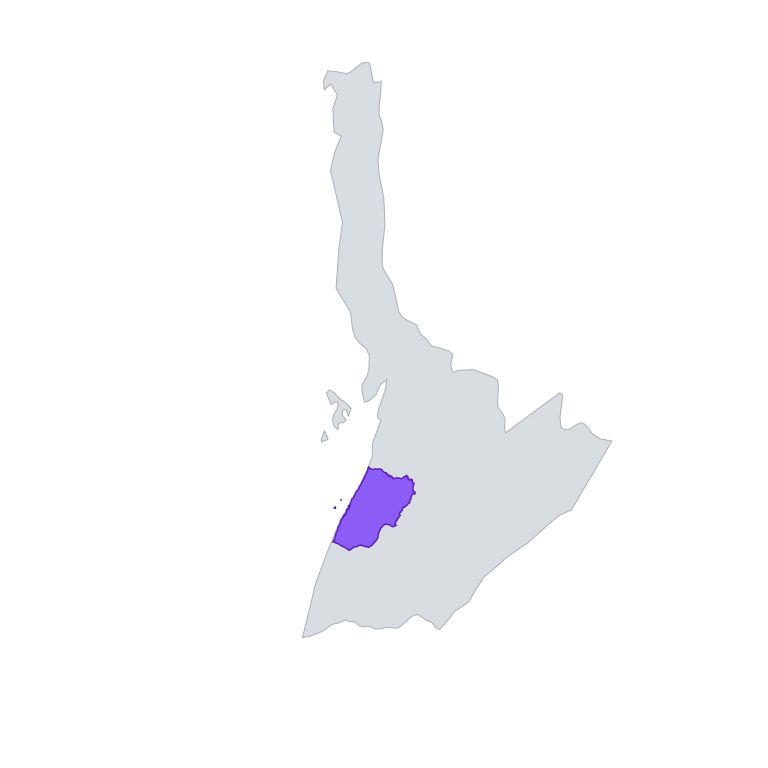 Afabet, Semenawi Keyih Bahri, Eritrea shown in context, rotated 215°
{"feature_id": "51966322B88342452003506", "entity_name": "Afabet", "entity_type": "district", "adm_level": 2, "iso_a3": "ERI", "parent_name": "Eritrea", "parent_adm1": "Semenawi Keyih Bahri", "projection": "equal_earth", "projection_center": [38.928, 16.403], "detail": "fine", "context": "in_parent", "style": "filled", "palette": "violet", "viewbox_px": 768, "rotation_deg": 215, "n_neighbors": 0, "source": "geoboundaries", "source_scale": "gbopen_adm2", "svg_char_len": 8219}
<svg xmlns="http://www.w3.org/2000/svg" viewBox="0 0 768 768"><g transform="rotate(215 384 384)"><path d="M164.6,467.7L162.5,441.6L161.1,424.2L159.7,405.8L158.3,388.4L164.7,377.7L167.7,367.6L175.5,334.7L178.5,328.1L184.6,310.5L185.4,305.5L191.4,283.3L190.9,268.5L189.8,253.7L193.0,244.9L195.9,237.8L195.8,231.9L197.1,218.0L198.0,214.6L201.6,214.3L208.8,216.1L214.1,214.7L220.2,214.7L225.0,214.3L227.8,210.1L231.7,193.9L234.2,190.7L236.1,189.7L241.5,186.7L246.1,182.0L249.9,178.7L251.3,178.0L255.3,177.6L259.3,175.6L261.1,173.3L266.2,171.5L271.1,172.5L274.4,170.5L276.6,169.2L279.1,169.1L281.4,167.3L282.4,164.4L283.9,162.6L287.7,158.4L289.5,155.4L290.3,152.3L291.1,149.9L292.8,145.8L299.5,135.5L305.3,129.5L325.5,181.4L333.7,212.2L340.9,244.2L346.3,292.5L351.5,317.1L359.7,329.3L365.4,352.2L370.3,353.1L373.8,359.4L379.9,381.0L384.2,389.1L386.5,382.2L386.2,378.2L384.5,371.5L386.1,363.0L389.4,357.8L397.2,364.8L401.4,370.1L402.5,380.7L404.3,386.6L412.4,399.1L419.2,402.7L428.1,403.6L435.5,406.4L441.4,411.0L452.5,423.6L478.0,434.7L498.5,468.8L510.6,492.5L550.4,528.4L557.3,545.6L561.0,562.5L569.3,561.6L583.7,580.1L588.0,594.1L599.7,599.2L601.7,590.9L607.4,597.7L609.7,608.3L602.2,612.5L594.0,616.2L592.8,616.1L590.1,620.9L586.2,634.3L581.9,638.1L579.7,638.5L566.7,626.0L564.7,625.3L561.9,627.8L559.9,630.3L553.9,620.9L549.4,612.5L543.3,602.6L537.3,598.1L530.9,592.5L524.6,579.4L518.2,565.1L508.7,553.3L490.9,536.4L474.6,514.9L462.1,492.5L454.1,480.8L450.7,477.9L434.1,470.5L422.6,460.3L413.7,451.9L408.2,449.6L402.9,449.3L391.7,451.0L382.3,445.7L378.4,445.7L372.1,444.2L367.2,442.3L361.4,444.6L349.6,448.3L344.7,447.5L342.1,442.2L340.5,438.2L336.4,434.0L333.0,434.0L331.1,437.8L318.7,447.2L298.0,452.5L293.1,452.1L289.4,448.3L279.0,432.1L276.0,429.4L273.6,429.2L268.8,427.3L264.2,424.2L260.3,417.5L256.3,413.7L252.0,426.8L244.4,449.5L240.3,461.7L235.1,477.4L233.4,477.9L230.8,476.8L220.5,457.2L214.0,449.8L209.1,450.5L205.6,454.2L203.3,460.7L200.9,464.7L198.3,466.3L192.6,465.5L184.0,462.4L175.0,463.1L165.8,467.6L164.6,467.7ZM408.1,337.4L410.8,342.2L412.8,341.8L414.3,340.2L415.4,336.8L426.0,343.5L425.4,347.9L419.1,348.2L411.7,346.3L405.0,346.9L396.9,345.0L395.0,337.4L400.2,341.1L402.8,340.2L403.3,339.2L399.7,334.1L394.5,333.1L394.9,329.0L397.2,327.5L398.6,325.5L395.6,320.0L401.4,321.2L405.0,324.6L407.4,328.5L408.1,337.4ZM403.6,302.6L405.9,311.3L399.3,307.9L398.2,306.1L401.1,302.7L401.7,300.6L403.6,302.6Z" fill="#d9dde1" stroke="#a8b0b8" stroke-width="1"/><path d="M343.1,263.5L342.8,263.4L342.9,263.7L342.8,263.4L342.7,263.3L342.6,263.7L342.5,264.3L342.3,264.6L342.1,264.7L341.8,264.1L341.8,263.8L341.6,263.6L341.6,263.3L341.6,263.1L341.8,263.1L342.0,263.4L341.9,263.0L342.0,262.7L341.7,262.4L341.4,261.9L341.2,261.8L341.1,261.0L341.2,260.3L341.6,259.9L341.5,260.2L341.4,260.3L341.3,260.6L341.6,261.6L341.9,260.9L342.3,260.8L342.5,259.8L342.3,258.7L341.5,258.0L341.4,257.4L341.5,257.1L341.5,256.9L341.2,256.9L340.8,256.4L340.6,256.0L340.7,255.8L340.8,255.4L340.8,254.9L340.7,254.6L340.5,254.3L340.8,254.1L340.8,254.3L341.0,254.4L341.1,254.1L340.9,253.3L341.0,253.2L341.0,253.6L341.0,253.1L341.2,252.8L341.1,252.6L341.1,251.8L341.3,252.0L341.3,252.4L341.5,252.7L341.4,253.0L341.6,253.3L341.6,253.0L341.6,252.8L341.4,252.4L341.4,252.0L341.2,251.3L341.3,250.9L341.0,249.6L341.1,249.2L341.3,248.8L341.4,248.6L341.1,247.9L341.1,246.9L340.1,245.0L339.7,243.8L339.6,243.3L339.7,241.6L339.3,240.5L339.4,240.3L339.3,239.8L339.3,239.7L338.6,238.5L338.1,237.5L338.1,237.1L338.0,236.8L337.9,236.1L337.9,235.3L337.8,235.0L337.7,234.8L337.5,234.4L337.4,233.6L337.2,232.7L336.8,232.1L335.8,229.5L335.6,228.8L335.5,227.1L335.4,226.2L335.1,225.4L334.6,226.2L334.3,226.4L333.5,226.3L332.8,226.1L331.9,226.1L331.2,226.5L330.4,226.8L329.7,226.8L328.9,227.1L328.1,226.9L326.8,226.8L326.3,227.1L325.7,227.1L325.2,227.5L324.5,227.3L324.2,227.4L323.6,227.3L322.6,227.6L321.2,227.7L320.8,227.8L320.5,227.7L319.6,228.0L318.9,227.8L318.3,227.8L317.9,228.0L317.6,228.0L317.4,227.7L317.1,228.0L316.9,228.1L316.7,229.0L315.9,230.5L315.6,231.7L315.1,233.0L314.2,234.2L312.9,235.2L312.5,236.0L312.1,237.3L311.2,237.9L310.4,238.9L310.2,239.1L309.9,238.9L309.3,239.4L308.7,239.3L308.4,239.4L308.0,239.3L307.5,239.8L306.7,239.9L306.2,240.1L305.8,240.2L305.2,240.8L304.9,241.0L304.2,241.1L303.6,240.9L303.1,241.1L302.1,243.2L301.7,244.1L301.4,244.9L301.3,246.6L301.1,247.6L301.2,248.2L300.9,249.3L300.7,250.5L300.7,251.3L300.7,252.0L300.7,253.7L300.7,254.2L300.9,255.0L301.0,255.1L301.5,255.4L301.7,255.8L302.4,257.7L302.7,257.9L302.8,258.2L302.9,259.4L303.1,259.9L303.3,261.0L303.5,262.3L303.7,262.8L303.9,263.7L303.8,265.0L303.6,265.7L303.7,266.4L303.5,267.7L303.0,269.0L302.2,270.5L301.7,270.5L300.9,270.7L300.4,271.1L299.3,271.6L298.8,271.9L297.8,272.0L297.2,271.7L295.1,272.0L294.2,273.0L293.9,273.5L293.9,273.9L293.3,274.5L293.0,275.2L293.8,275.3L294.4,275.1L294.4,275.6L294.6,276.2L295.0,276.4L295.1,276.9L295.3,277.1L295.2,277.7L295.7,278.7L295.6,279.1L295.2,279.5L295.2,280.1L295.2,280.4L295.6,281.5L295.6,281.8L295.4,282.0L295.3,282.3L295.3,282.5L295.5,282.8L295.4,284.3L295.5,285.4L295.5,285.8L296.6,286.1L296.9,286.2L297.0,286.5L297.1,287.0L297.2,287.5L297.2,288.2L297.1,288.5L296.8,288.7L296.6,289.1L296.6,289.5L297.0,290.4L296.9,290.7L296.6,291.1L296.6,291.4L296.7,291.8L297.5,292.5L297.7,293.1L297.6,293.5L297.4,294.0L296.6,294.7L296.4,296.1L296.0,297.1L296.1,297.6L295.7,298.1L295.5,298.4L295.6,299.1L295.6,299.8L295.3,300.6L294.8,301.5L295.2,301.7L295.5,302.1L296.0,302.4L295.9,302.8L296.0,304.5L296.0,305.3L296.4,305.9L297.1,306.4L297.0,307.4L297.1,307.8L297.2,308.0L297.5,308.4L297.6,308.8L297.2,310.5L296.5,311.3L296.1,311.5L295.6,312.0L296.1,312.4L296.9,313.3L297.0,313.4L297.4,313.4L297.9,313.1L298.2,313.2L298.7,313.0L299.0,313.4L300.2,314.6L300.5,315.1L300.7,315.3L301.1,316.1L301.6,317.8L302.0,318.4L302.1,319.5L302.4,319.7L302.7,319.8L303.1,319.5L303.3,319.5L303.6,319.3L303.8,319.6L304.0,319.7L304.3,320.2L304.8,320.2L305.1,320.3L305.3,320.6L305.5,321.5L305.8,321.4L306.1,321.6L306.6,321.6L306.8,321.5L307.2,321.0L307.4,321.3L307.5,321.2L307.6,320.4L307.8,320.1L308.2,320.2L308.9,319.9L309.9,319.8L310.0,319.9L309.8,320.4L310.1,320.4L310.3,320.6L310.8,321.4L311.1,321.5L311.3,321.3L311.4,321.7L311.6,321.7L311.9,321.4L312.2,321.6L312.4,321.5L312.8,321.9L313.0,321.3L313.3,321.5L313.5,320.6L313.6,320.3L313.7,320.0L314.6,319.2L314.4,318.8L314.4,318.0L314.6,317.5L315.2,316.8L315.9,316.3L316.8,315.8L318.7,315.2L320.3,313.9L321.3,312.6L322.1,312.2L322.2,311.9L322.7,312.1L323.2,312.1L323.6,312.4L324.0,312.4L324.1,312.6L324.3,312.7L324.8,312.4L324.9,312.5L325.2,312.1L325.3,312.2L325.3,312.4L325.7,312.5L325.9,312.3L326.1,312.4L326.2,312.2L326.5,312.3L326.5,312.0L326.7,311.8L326.7,311.5L327.4,311.4L327.5,311.4L327.5,311.6L327.8,311.7L328.0,311.8L328.4,311.6L328.6,311.9L328.8,311.6L329.1,311.7L329.4,311.6L329.7,311.8L329.8,311.6L330.2,311.9L330.6,311.9L330.9,312.5L331.3,312.6L331.6,312.4L332.4,312.0L333.0,311.8L333.6,311.9L334.4,311.8L335.1,311.9L335.9,312.4L337.3,312.5L338.4,312.2L338.9,311.9L339.9,311.0L340.9,310.3L341.1,310.1L342.4,309.6L342.6,309.4L343.4,308.3L344.5,307.3L345.3,307.0L346.1,307.0L346.8,306.9L347.6,306.9L348.5,307.1L349.0,307.1L348.8,306.2L348.5,305.6L348.1,304.3L347.6,303.4L347.5,302.3L346.9,299.3L346.8,298.3L346.8,297.3L346.4,295.6L346.0,292.8L345.9,291.2L345.1,287.6L345.1,287.0L345.4,286.4L345.4,285.5L345.3,285.4L345.2,285.0L344.8,284.3L344.6,283.6L344.6,282.3L345.0,281.1L344.9,279.9L345.1,279.1L345.0,278.8L344.4,277.5L344.3,277.2L344.5,276.5L344.4,276.1L344.4,275.6L344.1,274.7L344.1,274.4L344.2,274.2L343.9,273.1L344.0,272.4L344.4,271.8L344.3,270.5L343.9,270.0L343.8,269.7L343.5,268.7L343.4,267.9L343.3,267.6L343.3,267.1L342.9,266.1L342.7,265.3L342.8,264.8L343.1,264.4L343.0,264.2L343.1,263.6L343.1,263.5ZM353.1,254.5L352.8,254.2L352.7,254.2L352.8,254.5L352.7,254.7L352.7,254.8L353.0,255.2L353.3,255.3L353.6,255.0L353.6,254.8L353.5,254.7L353.3,254.7L353.1,254.5ZM353.1,254.3L353.2,254.2L353.2,254.4L353.4,254.4L353.6,254.3L353.5,254.2L353.3,254.1L353.3,253.9L353.1,254.0L353.1,254.3ZM342.5,262.9L342.6,262.7L342.5,262.4L342.5,262.2L342.3,262.6L342.5,262.9ZM352.7,264.7L352.8,264.4L352.7,264.3L352.6,264.6L352.7,264.7Z" fill="#8b5cf6" stroke="#5b21b6" stroke-width="1.5"/></g></svg>